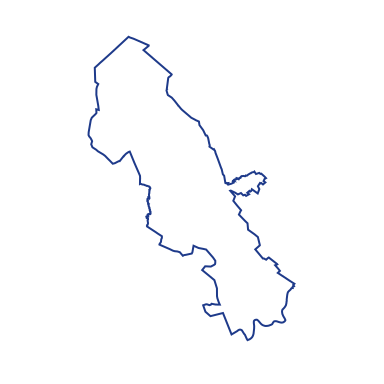 Vaidavas pag., Kocenu, Latvia, rotated 42°
{"feature_id": "27541924B99767598145301", "entity_name": "Vaidavas pag.", "entity_type": "district", "adm_level": 2, "iso_a3": "LVA", "parent_name": "Latvia", "parent_adm1": "Kocenu", "projection": "robinson", "projection_center": [25.291, 57.431], "detail": "fine", "context": "isolated", "style": "outline", "palette": "blue", "viewbox_px": 384, "rotation_deg": 42, "n_neighbors": 0, "source": "geoboundaries", "source_scale": "gbopen_adm2", "svg_char_len": 5907}
<svg xmlns="http://www.w3.org/2000/svg" viewBox="0 0 384 384"><g transform="rotate(42 192 192)"><path d="M64.7,190.7L67.8,193.4L65.5,194.6L68.1,197.2L68.2,198.4L67.8,203.8L68.7,206.4L75.2,216.7L77.0,218.9L78.4,219.5L80.5,219.8L82.0,220.3L83.2,220.8L83.8,221.1L85.2,224.0L88.1,225.4L92.5,224.7L94.8,224.7L100.9,223.5L103.3,223.3L107.6,223.6L110.1,223.7L114.2,224.0L115.4,222.2L116.6,219.0L117.4,217.2L117.6,217.2L117.2,211.1L117.4,211.1L117.3,208.9L117.4,207.6L118.0,205.1L118.2,204.5L118.7,203.6L129.7,208.9L140.5,213.8L142.6,214.8L144.6,216.9L144.6,217.0L148.0,220.9L148.3,220.3L150.0,219.7L151.4,218.7L152.3,218.5L153.0,218.1L153.7,217.9L154.1,217.9L154.9,217.2L155.7,217.0L156.4,216.6L157.0,216.5L157.2,216.8L157.6,217.0L158.1,216.9L158.5,217.0L158.9,218.2L159.1,218.5L159.1,218.8L158.8,218.9L158.8,219.0L159.2,219.2L159.5,219.4L159.5,219.6L160.1,220.2L160.1,220.4L160.8,221.1L160.9,221.5L161.3,221.8L161.4,222.1L161.5,222.4L161.9,222.9L162.8,223.7L163.3,224.0L164.1,224.7L164.0,224.8L163.8,224.9L164.1,225.0L164.6,225.3L164.7,225.6L163.8,226.1L163.6,225.9L163.4,225.9L163.4,226.3L163.5,226.9L163.6,227.2L164.7,227.9L165.2,228.0L165.2,228.3L165.0,228.7L166.6,229.3L166.7,229.5L167.0,229.9L167.7,229.8L167.8,229.8L167.7,230.5L167.8,230.6L168.0,230.7L168.7,230.8L168.9,231.1L169.5,231.7L169.7,231.8L170.2,231.8L170.5,231.9L170.7,232.1L170.9,232.5L171.3,232.4L171.4,232.5L171.6,232.8L172.1,233.2L172.5,233.2L172.6,233.4L172.6,233.7L172.8,233.9L173.7,234.1L173.9,234.5L174.1,234.5L174.3,234.4L174.5,234.5L174.8,235.3L175.3,235.4L175.4,235.7L175.7,235.9L175.8,236.1L175.8,236.4L175.6,236.6L175.1,236.9L174.6,237.2L174.2,238.0L174.4,238.3L174.2,238.6L174.3,238.7L175.4,238.9L175.9,239.5L175.7,239.7L175.1,239.7L174.8,239.8L174.7,239.9L174.7,240.0L175.0,240.2L175.2,240.7L174.8,241.0L175.8,241.7L176.1,241.7L176.4,241.4L177.1,241.2L177.5,241.6L177.7,241.8L178.0,242.6L178.1,242.9L180.2,244.6L181.0,246.1L181.0,246.3L180.8,246.5L181.0,246.9L181.2,247.4L181.3,247.5L181.9,247.7L182.2,247.6L191.9,246.1L194.3,245.8L199.2,245.0L200.2,246.1L200.4,246.4L200.7,247.4L200.8,247.7L202.2,249.7L202.4,250.2L202.5,250.8L202.7,252.4L202.8,252.7L203.0,252.9L213.8,249.3L217.0,248.4L218.7,247.6L220.9,246.0L223.2,244.9L227.9,245.5L228.3,244.2L229.4,242.9L233.0,237.9L232.6,236.5L229.1,230.9L234.4,229.2L238.5,226.7L241.0,225.3L251.4,226.6L255.3,227.5L256.2,228.5L256.8,229.2L257.4,230.3L257.1,231.6L255.9,234.8L251.5,238.4L251.8,243.2L267.6,242.5L275.0,246.9L280.3,252.7L282.0,254.0L285.4,255.9L288.0,257.1L284.9,259.8L281.3,262.0L281.4,263.2L280.7,264.4L278.4,265.4L277.6,266.0L276.1,268.7L282.1,272.0L288.8,271.9L296.0,261.2L297.0,261.7L316.7,271.4L318.7,265.0L318.8,264.0L319.2,262.9L319.5,262.4L320.2,261.8L321.0,261.5L321.6,261.4L325.8,262.6L326.7,262.6L331.0,264.5L332.4,264.9L333.4,262.8L333.8,261.0L333.8,259.5L333.4,257.9L332.6,256.2L329.6,252.0L327.9,250.0L325.5,247.9L324.5,246.7L324.3,246.2L324.3,245.5L324.4,245.1L324.8,244.4L325.3,243.8L325.9,243.4L327.4,243.3L331.3,243.8L332.5,243.8L333.7,243.6L334.5,243.3L335.8,242.7L336.6,242.1L337.9,240.7L338.6,239.7L339.8,237.3L340.0,236.5L339.6,234.8L339.5,233.5L340.0,232.6L340.9,231.8L341.5,231.4L343.8,230.4L345.3,229.6L345.9,229.2L346.6,228.4L346.9,228.0L347.2,227.1L347.4,226.1L347.3,225.0L347.1,224.7L345.6,224.0L343.0,223.2L340.8,222.2L339.2,220.9L338.8,220.5L338.1,219.4L337.9,218.6L338.0,217.9L338.0,215.7L337.6,213.4L337.4,213.0L336.4,211.2L335.7,210.4L335.4,209.7L334.2,208.4L331.6,204.7L330.8,203.3L330.4,202.4L330.3,201.9L330.3,200.5L330.5,199.0L330.5,198.4L330.3,197.2L330.4,196.8L330.5,196.5L331.1,196.0L330.5,195.5L330.2,195.0L330.2,194.7L330.4,194.3L330.8,194.0L330.9,193.7L329.4,193.3L329.5,191.7L324.6,192.5L309.9,194.7L310.1,191.8L307.3,191.3L302.8,190.8L303.8,188.7L303.4,188.6L292.9,189.3L292.6,190.3L292.4,192.7L289.9,193.3L289.2,194.0L277.4,192.3L278.1,186.3L278.0,186.1L271.1,181.4L266.7,181.6L258.9,182.5L254.2,178.1L250.9,178.0L242.0,177.4L241.0,174.2L240.7,172.7L234.7,171.9L228.6,170.9L226.9,166.4L219.6,165.5L219.9,165.0L224.3,163.7L227.7,163.1L229.1,160.0L232.3,160.2L233.2,158.6L234.8,158.7L235.9,155.5L233.6,155.6L233.9,152.8L234.9,152.9L235.3,151.6L234.6,149.9L241.8,149.1L240.1,144.8L237.1,143.6L236.5,139.8L237.3,139.7L237.5,139.0L239.7,138.9L240.1,135.8L237.9,136.0L237.2,133.6L237.7,132.2L235.5,132.0L231.2,132.0L230.7,132.8L229.2,132.8L227.5,135.8L224.7,135.1L224.7,135.6L224.4,136.1L223.6,137.1L223.5,137.3L223.2,138.0L223.2,138.6L222.9,139.0L222.1,141.5L222.0,142.2L222.0,142.8L221.7,143.3L220.9,143.7L220.9,143.8L221.0,144.6L220.3,145.2L219.7,145.5L219.4,145.7L218.6,146.7L218.3,146.9L218.2,147.1L218.3,147.5L218.1,147.9L218.2,148.2L218.6,149.0L218.4,149.3L218.0,149.5L218.0,149.9L217.8,150.1L217.9,150.4L218.1,150.7L218.2,151.3L217.7,151.5L216.3,151.6L216.3,152.0L216.2,152.2L215.8,152.2L215.9,152.5L216.4,152.8L216.3,153.0L216.2,153.5L215.8,153.8L215.5,154.0L215.7,154.4L215.1,154.9L215.3,155.7L215.6,155.7L215.1,156.0L215.1,156.4L215.0,156.5L215.1,156.8L216.7,157.1L215.7,159.5L213.9,162.4L213.0,162.3L212.8,161.2L212.3,161.7L212.2,161.8L212.2,162.2L211.8,162.1L211.4,162.3L211.1,162.9L210.8,163.0L205.0,158.4L203.1,158.2L198.8,155.2L197.6,154.7L196.1,153.9L188.6,149.9L183.1,147.1L182.5,146.6L181.7,146.1L179.7,145.5L179.6,146.0L174.6,146.6L174.0,145.5L173.3,145.0L172.5,144.6L171.9,144.1L168.0,141.2L166.8,140.6L165.9,140.2L165.1,140.1L164.5,140.5L164.3,140.8L159.0,138.6L152.8,137.3L150.0,135.0L146.4,136.2L146.0,136.2L141.8,137.3L129.8,137.6L128.0,137.5L124.0,136.9L123.8,137.0L123.7,136.9L121.5,136.5L118.1,135.9L113.8,135.4L109.2,136.1L108.3,135.6L105.1,133.6L104.6,132.5L104.6,132.4L104.4,132.4L98.0,123.1L97.9,122.2L98.3,120.8L98.4,118.8L98.2,118.2L61.0,119.0L62.0,112.4L61.7,112.0L46.0,117.2L42.5,118.7L41.0,119.1L38.9,142.5L38.1,150.1L37.7,154.1L37.3,157.3L37.1,159.9L36.6,164.7L46.4,174.9L50.1,174.5L51.0,177.5L52.0,179.3L52.4,179.8L55.9,183.8L64.7,190.7Z" fill="none" stroke="#1e3a8a" stroke-width="2"/></g></svg>